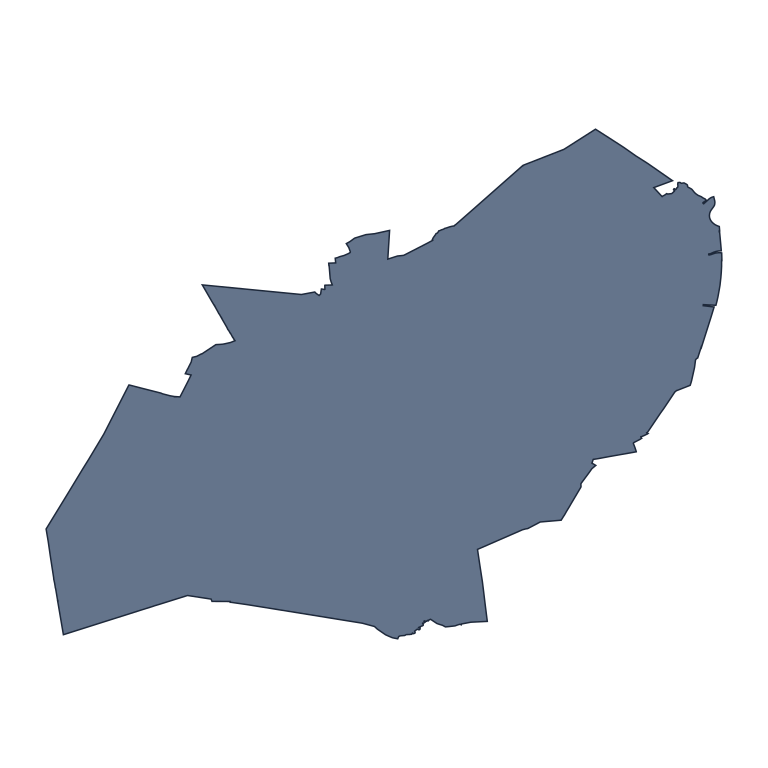 Zundert, Noord-Brabant, Netherlands
{"feature_id": "6326949B5198989789548", "entity_name": "Zundert", "entity_type": "district", "adm_level": 2, "iso_a3": "NLD", "parent_name": "Netherlands", "parent_adm1": "Noord-Brabant", "projection": "equal_earth", "projection_center": [4.663, 51.486], "detail": "fine", "context": "isolated", "style": "filled", "palette": "slate", "viewbox_px": 768, "rotation_deg": 0, "n_neighbors": 0, "source": "geoboundaries", "source_scale": "gbopen_adm2", "svg_char_len": 5921}
<svg xmlns="http://www.w3.org/2000/svg" viewBox="0 0 768 768"><path d="M595.5,129.2L564.0,149.3L523.6,165.1L522.9,165.8L522.7,165.6L473.5,209.0L455.4,224.9L455.6,224.5L453.9,226.1L453.4,226.0L451.4,226.4L449.5,226.9L446.0,228.1L444.9,228.3L443.5,229.2L441.5,229.8L439.8,230.6L438.7,230.9L438.4,231.6L438.1,232.0L437.7,232.7L437.5,232.9L437.1,233.1L436.9,233.3L436.2,233.5L435.9,233.8L435.5,234.6L433.3,237.6L432.2,239.9L432.3,240.0L432.5,239.6L432.8,240.2L432.7,240.3L431.9,240.8L431.6,241.0L431.0,241.2L428.1,242.8L404.0,255.2L403.3,255.4L397.5,256.0L387.8,259.1L389.6,230.4L374.6,233.7L366.0,234.6L355.0,238.0L354.4,238.3L349.9,241.6L346.3,243.6L348.8,247.6L350.5,252.3L350.8,252.3L350.1,252.5L348.6,253.5L344.0,255.5L339.6,256.7L337.5,257.6L335.2,258.2L335.7,262.9L328.7,263.2L328.9,265.5L329.1,265.5L330.2,278.7L331.1,281.8L332.3,284.9L331.9,285.0L324.9,285.2L324.8,285.3L324.9,289.3L324.5,289.5L321.8,289.0L321.4,289.0L320.6,294.0L319.1,295.5L316.7,293.8L315.8,293.1L314.8,292.0L301.4,294.5L202.3,284.9L211.6,301.0L214.3,305.5L214.5,305.4L215.3,307.0L215.2,307.0L217.8,311.6L218.7,313.4L219.6,314.6L221.2,317.5L221.4,317.5L221.8,318.3L221.7,318.4L227.0,327.6L227.5,328.8L227.8,329.4L229.0,331.0L230.3,333.3L230.5,333.3L231.1,334.4L232.6,337.2L232.8,337.2L233.7,338.7L233.6,338.8L235.0,340.7L230.5,342.5L224.3,343.9L222.6,344.2L219.9,344.4L215.9,344.6L201.7,354.0L201.3,353.9L196.8,356.3L192.3,357.4L191.7,359.7L191.4,361.1L191.2,362.0L188.9,366.5L187.8,368.8L187.5,369.1L185.3,373.7L191.1,375.0L188.1,381.1L183.2,390.7L180.0,396.9L175.7,396.6L175.8,396.8L174.8,396.8L174.9,396.6L170.2,395.8L162.5,393.8L161.0,393.1L140.1,387.8L129.7,385.1L128.9,385.0L103.8,434.1L88.6,459.5L82.8,468.8L67.9,493.4L46.1,529.0L48.2,541.4L50.4,556.6L53.6,577.4L53.7,578.0L53.7,578.9L54.6,583.1L55.1,586.1L55.3,587.6L55.7,589.0L57.6,600.4L57.8,600.4L57.9,600.8L57.6,600.8L57.9,602.4L63.4,634.7L141.3,610.0L152.2,606.6L154.8,605.7L159.5,604.3L187.5,595.5L211.1,599.1L212.0,601.4L230.2,601.5L230.2,602.3L230.9,602.3L247.6,604.7L362.3,623.2L374.5,626.5L377.3,629.1L385.6,634.8L389.2,636.4L392.3,637.7L394.1,638.1L397.7,638.8L397.9,638.2L398.2,637.9L398.6,636.7L398.8,636.5L399.5,636.1L400.6,635.8L404.7,635.5L405.9,634.8L406.3,634.6L409.6,634.5L410.9,634.3L411.6,634.3L411.9,634.1L412.3,633.3L412.4,633.1L412.6,633.1L413.0,633.4L413.2,633.6L413.5,633.7L414.6,633.3L415.0,633.0L415.1,632.8L415.1,632.3L414.6,631.2L415.8,630.3L416.5,629.7L417.0,629.3L417.5,629.3L418.4,629.7L419.0,629.7L419.5,629.7L420.0,629.2L420.1,628.7L420.1,628.1L420.1,627.8L419.9,627.7L419.6,627.7L418.9,627.8L418.6,627.7L418.9,627.3L420.5,626.7L421.1,626.3L421.4,626.1L422.4,625.9L423.1,625.4L423.2,625.2L423.3,624.8L423.2,624.5L422.6,623.6L422.6,623.4L422.6,623.2L422.8,623.1L423.5,623.3L424.3,622.7L425.1,622.2L425.0,621.8L424.8,621.7L424.3,621.6L424.0,621.4L424.0,621.2L424.4,620.9L424.7,621.0L425.5,621.3L426.7,621.3L427.1,620.7L427.4,620.5L427.7,620.4L428.2,620.9L428.8,620.4L428.9,620.1L429.1,619.8L429.5,619.6L430.3,619.5L430.6,619.3L436.9,623.5L439.2,624.3L442.5,625.3L445.4,626.9L448.8,626.6L454.9,625.9L455.3,625.8L457.7,624.9L459.8,624.3L461.3,624.8L461.4,624.0L470.9,622.2L487.3,621.4L485.0,603.1L483.6,591.4L482.4,581.7L480.0,566.2L477.5,549.4L522.4,529.8L525.7,528.9L527.7,528.6L540.2,522.0L561.2,520.2L561.3,519.9L561.5,519.5L561.8,519.2L563.4,516.6L564.6,514.8L566.5,511.4L566.7,511.1L570.2,505.3L570.4,504.9L580.8,487.3L581.0,486.8L581.0,486.3L580.9,484.0L581.1,483.4L588.9,472.9L591.9,468.7L595.8,465.4L591.9,463.1L592.2,462.5L593.2,459.4L593.4,459.3L593.9,459.3L598.4,458.6L609.1,456.6L636.3,451.8L636.3,451.7L634.9,447.4L633.4,443.5L633.4,443.1L633.6,442.8L634.0,442.5L640.1,439.3L641.6,438.3L641.3,438.1L641.0,437.3L640.8,436.9L640.9,436.7L641.4,436.8L641.7,436.7L642.2,436.3L643.4,435.9L645.3,435.0L645.7,434.7L646.6,434.4L647.5,433.9L648.0,433.5L647.4,433.3L646.8,432.9L646.7,432.7L647.3,432.5L647.5,432.2L648.7,430.6L660.7,412.8L663.6,408.8L674.9,391.9L675.4,391.6L676.6,390.5L677.0,390.5L690.2,385.3L690.4,384.6L691.0,382.8L691.6,380.7L694.5,367.7L694.8,365.6L695.5,360.1L695.9,359.4L696.3,358.9L697.0,358.3L697.7,358.0L701.2,347.1L701.4,347.5L711.1,316.9L714.1,307.0L703.2,305.7L703.3,304.6L715.9,305.3L716.9,301.5L717.9,297.1L718.4,294.4L719.3,289.4L720.0,285.3L720.4,281.7L720.9,277.3L721.3,272.2L721.6,266.4L721.6,261.1L721.7,260.1L721.9,260.2L721.8,256.6L721.7,252.9L721.3,252.8L718.8,252.7L716.8,252.9L715.4,253.1L713.5,253.7L711.0,254.6L709.1,255.0L709.0,254.4L708.7,254.4L708.7,254.0L709.0,253.8L709.9,253.8L710.6,253.6L713.7,252.2L715.8,251.5L718.4,251.0L721.3,250.8L720.8,244.9L720.2,238.4L719.6,231.9L719.3,231.9L719.2,231.0L719.7,230.9L719.3,226.5L717.4,225.8L715.3,224.8L714.4,224.2L712.7,222.8L711.9,222.0L711.3,221.2L710.7,220.4L710.3,219.5L709.9,218.6L709.6,217.6L709.5,216.7L709.4,215.7L709.5,214.7L709.6,213.8L709.8,212.9L710.2,211.9L710.6,211.0L711.1,210.2L713.9,206.3L714.6,204.9L714.7,204.2L714.9,202.7L714.8,201.1L714.6,200.3L713.7,196.7L712.0,197.2L710.9,197.7L709.3,198.7L707.5,200.4L703.7,203.8L703.1,203.4L702.9,202.8L703.5,202.1L704.5,201.8L706.1,200.0L705.7,199.7L705.3,199.1L704.9,198.8L704.2,198.5L703.0,197.9L701.3,196.7L698.0,195.3L695.9,193.8L695.0,193.0L694.4,192.4L692.2,189.7L691.6,189.1L690.6,188.5L688.1,187.2L687.6,186.6L687.5,185.4L687.4,185.0L686.6,184.3L684.0,182.9L681.3,183.3L680.8,183.0L680.4,182.6L679.8,182.4L678.9,182.5L678.0,182.6L677.7,184.2L677.9,185.6L677.9,186.2L677.7,187.1L677.6,187.4L677.1,187.6L676.9,187.8L676.7,188.1L676.0,189.3L675.7,189.5L675.4,189.5L674.9,189.0L674.3,188.7L674.1,188.7L674.0,188.8L673.6,189.4L673.5,189.7L673.7,190.0L674.3,190.5L674.5,190.7L674.5,190.9L674.4,191.2L673.8,191.7L672.0,193.4L671.5,193.6L668.1,194.0L667.4,194.0L667.3,193.9L667.0,193.7L666.8,193.6L666.6,193.6L665.4,194.6L663.9,195.5L662.8,196.0L662.1,196.6L653.8,187.6L672.5,180.7L647.8,163.5L635.7,155.8L624.2,147.7L614.2,141.2L595.5,129.2Z" fill="#64748b" stroke="#1e293b" stroke-width="1.5"/></svg>